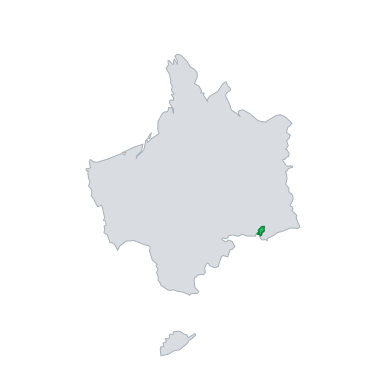 location of Territoire de Belfort within France, rotated 54°
{"feature_id": "FRA-5348", "entity_name": "Territoire de Belfort", "entity_type": "Metropolitan department", "adm_level": 1, "iso_a3": "FRA", "parent_name": "France", "parent_adm1": "", "projection": "albers", "projection_center": [6.973, 47.626], "detail": "fine", "context": "in_parent", "style": "filled", "palette": "green", "viewbox_px": 384, "rotation_deg": 54, "n_neighbors": 0, "source": "natural_earth", "source_scale": "10m", "svg_char_len": 4584}
<svg xmlns="http://www.w3.org/2000/svg" viewBox="0 0 384 384"><g transform="rotate(54 192 192)"><path d="M275.5,159.7L273.4,160.9L272.2,163.2L270.9,163.7L268.5,163.8L267.4,162.3L264.6,163.2L263.5,164.7L265.1,166.5L259.5,173.9L255.9,175.8L255.1,180.6L250.8,184.1L249.2,187.9L249.0,188.7L250.1,189.9L249.6,192.4L247.4,193.9L247.4,195.5L248.0,195.8L251.3,194.5L252.6,193.1L252.0,191.1L255.3,188.7L261.3,189.3L262.0,192.6L261.2,195.3L265.5,201.2L261.8,204.0L261.5,205.8L265.4,211.8L267.8,214.3L266.5,218.3L262.4,220.9L259.7,220.7L258.6,221.3L258.7,222.6L260.5,226.2L265.0,228.6L265.7,231.3L264.5,232.3L262.4,236.4L263.3,238.5L262.9,239.4L263.4,240.8L264.6,242.2L270.9,245.7L276.5,245.0L277.3,247.0L273.8,252.4L274.0,254.9L272.3,254.9L272.0,255.7L268.4,257.6L262.7,263.0L260.0,264.6L258.9,267.4L257.3,269.0L249.1,272.0L247.5,271.3L243.5,271.3L241.0,269.3L236.2,268.0L234.7,265.0L230.2,264.4L230.0,262.5L223.7,264.1L214.9,261.1L211.9,258.2L209.4,258.9L207.0,261.3L197.1,267.5L193.0,274.2L193.3,282.3L195.4,286.3L189.5,285.4L186.0,286.4L184.9,288.1L176.7,285.6L173.6,287.1L172.7,286.9L171.7,285.1L167.8,283.0L168.5,281.7L168.0,280.5L164.3,279.2L162.9,280.3L161.6,277.9L151.2,273.4L149.4,273.3L148.4,276.9L141.6,276.2L140.6,275.5L136.1,275.8L131.7,272.0L126.4,272.2L123.6,268.4L120.5,267.8L116.3,265.6L114.4,264.4L114.2,263.4L112.8,264.8L111.2,264.3L110.9,263.8L112.2,262.0L112.6,259.7L107.3,257.5L106.1,255.7L106.2,254.8L109.2,254.4L112.1,251.6L115.9,240.6L119.1,227.5L120.6,225.1L122.4,224.6L121.2,222.6L119.3,224.8L121.6,212.7L124.5,203.7L128.5,207.9L129.4,209.7L130.2,215.3L132.4,217.8L131.0,215.5L130.1,208.0L129.3,205.8L123.0,199.0L122.9,197.6L125.9,198.7L125.1,194.0L125.4,184.4L121.3,182.9L115.0,178.1L111.2,170.3L111.0,167.5L112.5,164.8L111.7,162.8L109.9,161.3L111.7,159.0L113.1,158.9L117.7,160.9L114.1,158.1L107.6,158.1L105.2,157.0L105.0,155.2L107.0,153.2L105.0,151.6L101.4,151.5L101.0,150.8L102.3,149.4L101.4,148.7L98.4,148.9L96.8,148.2L95.5,146.2L90.8,145.1L89.9,144.0L83.7,141.0L76.8,140.4L75.4,136.5L71.6,134.1L72.6,133.1L76.8,132.7L77.8,131.8L75.0,129.9L74.2,128.2L79.7,128.7L77.5,126.8L72.1,126.1L71.7,123.8L72.8,121.7L76.1,120.2L84.1,119.2L89.7,119.9L94.0,117.9L98.0,117.7L101.6,119.5L105.8,126.4L110.2,124.1L116.2,124.9L117.2,126.6L119.2,124.0L120.3,125.8L127.7,126.0L126.1,124.7L125.0,121.9L125.8,112.1L122.9,104.5L122.3,101.8L122.8,99.7L127.0,100.6L130.7,100.0L132.3,100.8L132.3,105.4L133.5,108.3L143.4,110.1L149.0,112.1L154.1,109.9L158.7,109.1L159.1,108.6L156.5,108.6L154.2,107.2L154.0,106.0L155.5,102.5L162.8,99.1L173.1,96.6L175.8,94.5L179.1,90.7L178.5,89.6L179.7,78.6L181.4,75.1L185.3,72.7L195.1,70.6L196.1,74.2L195.9,76.2L198.3,79.4L199.5,80.5L203.8,79.0L205.7,82.0L206.1,85.3L211.1,86.9L212.5,91.2L213.4,90.3L216.6,90.6L218.1,91.0L220.1,93.0L219.4,95.5L220.3,96.8L219.3,99.1L219.9,100.1L225.8,100.3L227.6,99.3L228.5,97.0L230.3,95.6L231.0,96.1L229.7,100.4L230.5,101.6L230.8,104.7L233.1,105.0L237.4,107.6L241.0,111.8L245.6,111.2L249.1,113.6L252.9,112.4L256.3,113.7L257.6,114.9L260.8,120.8L263.3,119.6L265.1,120.3L265.7,122.0L272.4,121.0L273.7,122.6L275.1,123.2L283.7,125.3L283.8,127.5L278.9,133.7L276.8,142.6L275.4,145.7L274.8,148.0L275.3,149.5L275.0,152.0L274.0,157.7L274.6,159.4L275.5,159.7ZM310.6,278.0L310.2,281.7L311.6,284.2L312.4,294.7L309.8,299.8L309.5,306.0L306.2,313.4L300.7,310.2L299.0,308.5L300.4,305.7L297.2,304.3L297.9,301.5L297.5,300.2L295.3,300.1L295.2,299.4L296.8,297.3L296.7,296.0L294.6,294.4L294.1,293.0L296.1,291.3L295.2,289.9L294.1,289.5L296.7,284.7L298.5,283.2L302.7,281.8L304.4,280.0L307.1,280.9L307.6,280.4L308.3,272.8L309.2,272.7L310.1,273.7L310.6,278.0ZM123.8,194.4L122.9,196.5L120.6,192.4L120.5,190.4L123.8,194.4Z" fill="#d9dde1" stroke="#a8b0b8" stroke-width="1"/><path d="M266.0,162.3L265.6,162.3L265.4,162.1L265.1,162.1L265.0,162.3L264.7,162.4L264.7,162.6L264.9,163.0L265.0,163.3L264.9,163.5L264.6,163.7L264.3,163.9L264.1,163.9L264.0,163.4L263.7,162.4L263.7,162.2L263.8,161.6L263.8,161.2L263.6,161.0L263.3,160.8L263.0,160.8L262.6,160.9L262.2,160.9L261.9,160.5L262.0,160.2L261.9,160.1L261.8,159.8L261.7,159.7L261.6,159.3L261.6,158.5L261.5,158.2L261.1,156.8L261.1,156.5L261.2,155.8L261.5,155.1L262.4,154.0L262.5,154.1L262.9,154.1L263.0,154.6L263.2,154.8L265.5,156.2L265.8,156.5L266.0,156.7L266.1,157.0L266.1,157.6L266.1,157.8L266.1,158.1L266.0,158.3L265.9,158.4L265.9,158.6L265.6,159.0L265.5,159.4L265.6,159.6L265.8,159.7L266.1,159.7L266.3,159.7L266.5,159.8L267.4,160.8L267.5,161.1L267.6,161.3L267.7,161.5L267.7,161.8L267.6,162.1L267.5,162.4L267.3,162.3L266.9,162.2L266.0,162.3Z" fill="#22c55e" stroke="#15803d" stroke-width="1.5"/></g></svg>